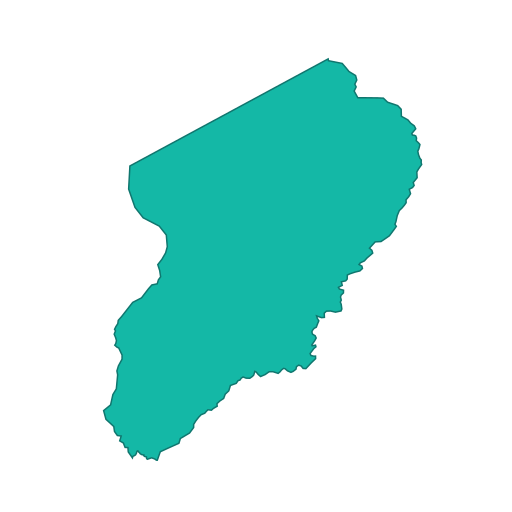 the district of Bamingui, Bamingui-Bangoran, Central African Republic, rotated 255°
{"feature_id": "33826404B40726346610529", "entity_name": "Bamingui", "entity_type": "district", "adm_level": 2, "iso_a3": "CAF", "parent_name": "Central African Republic", "parent_adm1": "Bamingui-Bangoran", "projection": "natural_earth1", "projection_center": [19.692, 7.894], "detail": "fine", "context": "isolated", "style": "filled", "palette": "teal", "viewbox_px": 512, "rotation_deg": 255, "n_neighbors": 0, "source": "geoboundaries", "source_scale": "gbopen_adm2", "svg_char_len": 3104}
<svg xmlns="http://www.w3.org/2000/svg" viewBox="0 0 512 512"><g transform="rotate(255 256 256)"><path d="M93.0,84.4L93.7,84.8L94.2,85.1L94.6,85.9L94.6,86.8L95.1,88.2L96.5,89.5L97.9,90.3L98.3,90.7L98.4,91.2L98.2,91.6L96.9,92.0L96.0,92.7L95.2,92.8L93.8,94.1L92.8,96.2L92.3,95.9L91.3,96.4L90.3,98.2L88.6,97.9L87.8,98.5L88.1,102.9L86.2,105.6L84.6,106.9L84.3,107.8L89.7,111.5L91.7,112.9L93.0,120.3L95.1,133.1L99.3,135.7L102.2,146.0L106.5,151.4L109.5,152.2L112.3,155.2L115.1,158.9L116.9,161.9L117.4,165.8L118.7,167.7L119.9,169.7L119.5,170.8L118.6,173.1L119.6,174.9L120.4,177.5L120.9,179.6L123.5,180.1L125.3,183.5L126.8,187.9L130.5,190.5L132.8,194.8L137.6,197.8L138.1,203.9L140.3,206.5L140.3,208.4L141.8,210.1L142.5,212.2L140.6,214.8L139.5,218.4L140.6,221.4L141.6,223.0L144.9,225.0L143.8,226.2L141.1,227.4L138.4,229.2L139.1,234.1L140.8,238.7L139.8,242.5L136.9,247.0L138.0,249.4L139.3,251.1L140.3,253.5L139.6,254.9L136.9,256.7L134.6,259.6L134.9,261.9L136.3,265.3L138.7,266.5L139.5,269.0L138.1,271.1L135.2,272.4L134.3,275.0L138.6,281.9L141.4,287.0L143.9,287.6L144.3,285.8L145.7,283.3L147.8,283.0L151.7,288.0L152.8,290.4L154.5,290.4L154.7,287.0L155.7,286.9L158.9,290.7L161.2,292.9L163.7,292.5L165.8,290.4L168.3,290.3L169.9,291.7L171.1,293.5L171.6,295.8L174.8,298.1L177.1,299.9L179.7,299.1L182.5,299.0L181.5,300.4L179.5,303.3L179.0,306.2L183.1,307.1L184.5,309.7L183.6,313.7L181.2,318.2L180.9,323.9L182.6,325.2L187.3,325.8L189.7,325.5L191.2,326.9L192.9,327.0L194.5,327.0L196.2,328.1L197.7,330.9L200.3,331.7L202.5,328.0L204.4,327.5L205.3,331.7L209.0,331.8L208.8,336.2L210.1,338.1L214.0,339.3L214.5,342.3L214.8,347.4L214.7,352.5L216.4,355.6L218.8,355.7L221.1,353.3L222.4,355.0L223.2,359.4L225.4,362.8L228.6,369.5L231.5,369.4L234.2,367.6L238.8,374.8L237.6,380.5L241.0,390.1L246.3,396.8L248.3,399.2L250.7,398.4L252.9,400.0L258.5,402.9L262.8,406.2L264.6,409.5L266.7,412.5L268.6,414.8L271.5,415.5L273.8,418.9L276.2,421.4L280.8,421.3L281.6,424.9L283.2,427.0L286.3,426.9L289.9,431.9L295.6,433.1L298.1,435.6L301.5,439.7L303.5,439.7L306.0,440.5L308.0,439.6L311.8,439.2L315.4,439.4L317.3,441.0L320.1,442.6L321.3,443.2L323.3,442.2L325.9,440.6L328.3,441.6L330.6,441.4L331.6,440.2L332.3,438.4L334.0,438.2L337.5,443.2L340.7,442.6L344.2,439.8L348.1,438.0L353.3,432.6L360.2,434.2L364.6,431.8L370.5,422.9L375.5,419.9L377.2,414.5L380.5,402.7L382.5,395.3L389.9,393.5L393.4,396.5L396.4,395.9L399.9,398.9L404.5,398.9L410.2,393.5L414.3,391.7L419.7,389.1L425.9,376.5L427.7,376.7L375.6,157.5L353.6,150.3L334.3,151.7L322.1,156.9L309.9,170.3L299.5,174.8L287.9,172.7L282.4,169.5L277.1,164.2L273.1,158.9L266.8,159.2L260.6,158.5L258.3,155.6L254.7,153.4L255.0,147.9L252.2,143.7L245.2,134.6L243.1,124.9L232.2,110.4L229.5,106.3L226.4,105.0L224.2,102.5L221.8,100.4L220.0,100.9L217.2,98.8L213.3,99.3L210.4,99.3L207.7,97.9L206.4,96.5L203.8,98.2L202.7,99.6L198.3,100.4L195.0,101.0L191.0,99.9L185.5,94.7L181.0,91.9L177.0,91.6L163.8,86.7L159.2,81.9L149.8,77.0L146.1,68.8L137.1,68.8L128.1,74.5L123.1,73.9L118.5,75.6L117.0,79.2L112.7,76.5L109.7,79.5L105.0,80.0L104.1,82.7L99.8,81.9L93.0,84.4Z" fill="#14b8a6" stroke="#0f766e" stroke-width="1.5"/></g></svg>